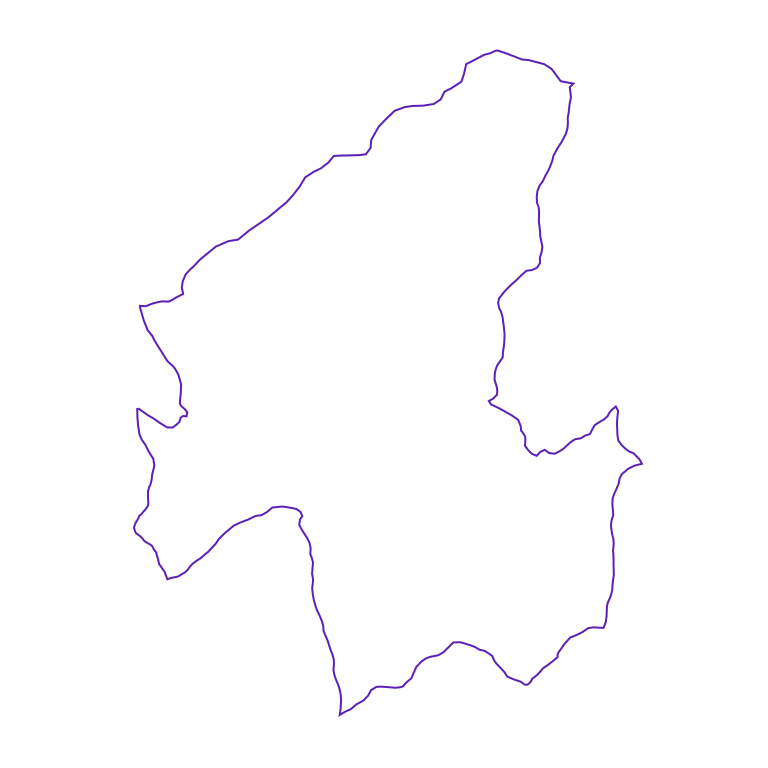 Trashiyangtse, Tashi Yangtse, Bhutan (Mercator projection), rotated 88°
{"feature_id": "84629894B34864763924152", "entity_name": "Trashiyangtse", "entity_type": "district", "adm_level": 2, "iso_a3": "BTN", "parent_name": "Bhutan", "parent_adm1": "Tashi Yangtse", "projection": "mercator", "projection_center": [91.488, 27.563], "detail": "fine", "context": "isolated", "style": "outline", "palette": "violet", "viewbox_px": 768, "rotation_deg": 88, "n_neighbors": 0, "source": "geoboundaries", "source_scale": "gbopen_adm2", "svg_char_len": 5389}
<svg xmlns="http://www.w3.org/2000/svg" viewBox="0 0 768 768"><g transform="rotate(88 384 384)"><path d="M90.4,184.2L87.6,196.8L75.0,205.5L69.9,212.8L65.3,228.2L64.5,234.8L58.5,248.7L54.8,258.2L54.8,260.6L57.2,266.5L58.5,272.4L64.5,284.8L67.2,290.7L76.8,293.2L84.6,296.1L91.0,306.8L94.0,313.4L101.5,317.3L105.9,324.5L107.2,335.2L107.1,345.5L108.0,353.5L111.3,363.8L120.1,373.6L126.9,380.5L139.5,388.2L147.7,389.2L153.8,394.1L154.4,400.6L154.3,411.3L154.2,422.3L154.5,426.4L160.9,432.0L166.3,439.6L169.7,447.2L174.7,455.5L183.9,461.5L192.0,468.3L198.8,474.9L203.9,481.5L213.3,493.6L226.1,513.7L234.6,524.8L235.8,534.5L240.8,547.3L253.3,563.6L260.1,570.5L263.1,574.1L267.6,578.4L274.2,581.5L280.4,582.7L287.0,581.6L290.0,588.1L292.4,592.5L294.1,595.9L293.7,603.2L294.7,609.1L295.7,613.1L297.9,619.2L297.5,625.2L299.5,625.0L312.3,621.8L322.0,618.3L327.7,614.0L333.7,611.2L339.6,607.8L350.7,601.3L353.6,599.6L355.9,597.3L358.7,594.4L361.4,592.3L367.7,589.1L377.4,586.8L385.8,587.4L391.1,588.1L396.4,588.7L398.8,587.6L402.2,583.9L405.6,581.6L409.4,582.5L409.0,586.0L410.6,588.4L414.7,589.8L417.7,593.2L420.1,596.9L419.9,602.1L416.2,607.7L414.3,610.4L411.8,613.7L410.3,615.7L408.6,618.5L406.8,621.2L405.4,623.1L400.2,629.9L400.4,631.5L408.4,631.6L417.0,631.2L426.1,630.1L431.0,628.1L436.8,624.4L442.2,622.0L446.7,619.6L450.5,617.2L457.5,616.4L461.1,617.3L465.7,618.7L468.4,619.2L471.3,619.5L472.5,619.8L474.5,620.4L476.9,621.2L478.3,622.1L479.8,622.6L482.6,623.5L486.5,623.8L493.1,623.7L496.9,623.9L499.2,625.3L501.2,626.9L502.8,628.5L503.5,629.2L505.7,631.1L507.1,633.0L510.7,634.8L512.5,636.0L514.2,637.2L515.4,637.6L518.7,638.9L522.7,637.9L524.5,637.0L527.9,632.6L529.5,631.1L531.9,629.5L533.4,627.9L536.5,622.9L537.8,621.4L540.8,620.0L542.9,618.6L544.4,617.5L545.5,617.3L547.6,617.0L549.1,616.4L551.9,615.8L553.9,615.4L556.1,615.1L558.4,613.4L561.8,611.3L564.6,609.5L567.6,608.8L568.5,608.4L570.6,607.6L571.6,607.3L571.1,606.1L570.2,602.4L569.4,597.2L568.8,595.8L566.9,592.6L565.4,589.6L562.9,586.7L559.3,584.0L557.4,582.1L554.0,577.3L553.5,576.5L552.0,573.7L548.1,569.0L545.5,565.4L542.2,562.3L537.7,557.7L533.2,554.5L527.4,548.2L520.5,539.4L517.5,532.7L514.8,524.6L511.4,516.9L510.8,510.9L508.0,505.6L503.6,500.0L502.9,490.7L503.5,486.4L504.5,481.3L505.8,476.0L509.1,471.7L513.3,470.3L516.5,472.7L521.9,473.6L526.5,471.4L530.9,468.8L535.1,466.3L539.4,464.2L545.5,463.0L551.3,463.6L555.7,462.1L559.8,461.2L564.8,461.8L571.2,462.5L576.8,461.7L581.3,462.2L585.4,462.9L590.8,462.6L597.3,461.7L602.2,460.5L607.4,459.0L613.3,456.4L618.9,454.3L623.5,453.2L628.9,453.0L633.2,451.3L637.9,449.5L642.8,448.1L647.3,446.8L652.1,445.1L657.2,443.8L662.2,443.8L668.1,444.5L673.6,443.6L678.4,442.1L683.2,440.2L689.4,438.6L693.8,438.1L698.4,437.9L702.5,438.3L707.2,438.7L713.2,439.8L711.7,437.2L709.6,433.0L707.9,428.6L703.3,422.9L699.6,415.6L694.7,410.6L689.6,407.7L686.4,402.2L686.4,397.1L687.1,390.7L687.6,386.1L688.0,383.4L687.8,381.2L687.7,378.8L686.9,375.6L683.4,372.5L679.1,367.0L671.9,363.5L667.7,361.5L665.5,359.2L662.6,356.3L659.6,351.5L658.3,347.5L657.0,339.3L654.3,334.1L650.5,330.0L644.7,323.7L644.7,317.0L646.4,311.7L648.2,306.5L650.2,301.9L653.0,297.6L654.1,293.0L656.3,289.6L659.6,285.3L664.1,283.6L667.4,281.4L672.1,277.2L675.9,273.9L680.7,271.0L683.8,264.5L686.3,257.8L689.3,253.9L689.6,251.9L688.8,250.0L686.6,247.7L683.8,246.2L680.1,241.1L678.0,239.0L673.5,234.8L670.4,229.8L666.6,224.6L663.1,220.2L659.2,219.6L654.7,216.2L649.8,212.5L644.0,206.8L641.0,199.0L638.8,194.2L635.2,188.6L634.5,183.1L635.2,175.4L635.4,173.1L629.8,170.7L624.8,169.8L618.8,169.3L614.8,169.0L610.9,168.2L605.6,165.7L601.6,164.1L597.2,163.0L592.6,162.6L588.5,162.0L583.0,161.0L577.7,160.9L572.0,160.9L568.0,160.7L563.8,160.7L558.3,160.9L552.2,160.0L547.3,160.1L541.2,161.4L537.2,161.8L533.2,162.1L528.2,161.3L522.8,159.4L517.2,159.7L511.9,160.0L506.5,159.5L502.7,158.2L497.7,155.7L491.9,153.0L486.9,151.9L482.5,149.6L479.7,146.0L477.2,142.8L474.4,136.8L472.8,129.1L468.1,131.3L461.9,137.1L459.9,141.5L457.4,144.7L453.0,148.9L448.6,151.8L443.0,152.5L438.4,152.5L432.7,152.6L428.5,152.3L424.5,151.8L419.0,151.0L414.6,153.1L417.7,157.2L420.8,159.9L424.3,161.9L427.6,166.2L428.3,167.9L432.5,174.9L437.6,178.0L441.1,179.9L442.6,184.8L445.2,189.3L445.8,194.8L448.6,199.5L451.2,202.6L454.9,206.8L457.1,210.4L459.6,215.7L458.9,221.2L455.4,225.7L457.4,230.2L461.1,233.9L458.8,238.9L454.8,242.4L450.6,245.3L445.1,244.7L441.2,244.8L436.5,247.6L435.7,248.5L430.7,248.9L424.6,251.1L420.0,257.1L412.6,269.2L408.2,277.6L404.7,279.8L402.5,275.5L398.6,271.4L394.0,271.0L389.7,271.7L383.4,273.4L377.6,272.9L373.4,271.9L369.7,270.4L364.9,266.9L361.6,264.5L356.3,264.0L351.1,263.0L346.9,262.4L342.5,262.0L338.3,261.8L333.2,262.1L328.9,262.4L324.9,262.8L320.7,263.3L315.7,264.6L312.0,266.3L306.9,267.1L302.6,266.1L299.3,263.3L296.0,260.6L292.2,256.7L288.5,252.5L285.1,248.4L282.4,245.4L279.7,242.5L275.8,237.7L275.3,232.3L273.2,227.1L268.7,223.9L263.2,223.8L257.6,221.9L252.4,220.9L247.1,221.8L241.7,222.7L237.1,222.7L231.6,223.1L227.3,223.6L222.4,223.3L218.1,223.0L213.2,223.2L208.0,224.8L202.2,224.8L196.4,223.9L191.0,221.5L186.7,218.1L181.2,215.3L176.6,212.4L171.5,210.0L166.7,208.0L161.6,206.6L156.9,203.8L152.2,200.9L148.8,198.3L145.4,196.4L140.3,193.5L135.2,191.8L129.6,191.1L124.6,191.1L118.9,189.9L115.0,189.4L110.0,188.6L104.5,187.2L98.8,187.5L93.8,188.0L90.4,184.2Z" fill="none" stroke="#5b21b6" stroke-width="2"/></g></svg>